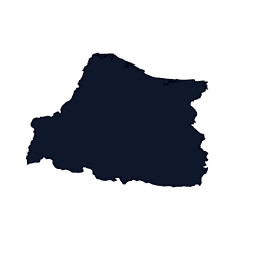 outline of Antsalova, Melaky, Madagascar, rotated 115°
{"feature_id": "10022922B48021466276127", "entity_name": "Antsalova", "entity_type": "district", "adm_level": 2, "iso_a3": "MDG", "parent_name": "Madagascar", "parent_adm1": "Melaky", "projection": "natural_earth1", "projection_center": [44.617, -18.816], "detail": "fine", "context": "isolated", "style": "filled", "palette": "ink", "viewbox_px": 256, "rotation_deg": 115, "n_neighbors": 0, "source": "geoboundaries", "source_scale": "gbopen_adm2", "svg_char_len": 5758}
<svg xmlns="http://www.w3.org/2000/svg" viewBox="0 0 256 256"><g transform="rotate(115 128 128)"><path d="M154.5,47.1L152.5,45.2L151.9,43.9L149.9,43.3L148.8,40.7L149.4,38.9L146.7,38.7L145.4,39.7L142.1,41.1L137.5,40.2L135.8,38.6L132.6,38.7L131.0,39.2L131.8,39.9L132.5,40.0L132.7,40.3L132.2,41.5L132.5,42.5L132.5,43.1L132.0,44.3L131.5,44.8L130.9,44.6L129.6,42.7L128.6,42.0L128.2,42.3L127.9,43.9L127.0,44.4L125.1,44.6L124.2,42.8L123.5,42.5L123.1,42.6L122.5,44.2L121.4,45.5L118.7,45.6L117.7,45.2L117.3,45.3L116.9,47.7L117.4,49.2L117.4,49.8L117.0,50.8L116.3,51.5L115.9,53.6L116.5,54.7L116.3,55.1L115.7,55.1L115.2,54.8L114.9,55.0L114.1,55.1L113.8,55.8L111.4,55.7L110.2,56.1L109.8,55.6L109.4,56.0L107.7,56.2L107.7,55.4L107.1,55.1L106.4,54.3L105.8,54.2L106.0,54.6L105.8,55.0L105.4,54.8L104.8,55.2L104.6,55.9L104.4,56.0L104.0,55.5L102.8,56.4L102.2,57.2L102.8,59.2L102.8,60.6L100.5,68.4L99.7,70.2L99.2,73.9L96.9,71.8L96.4,70.9L95.8,71.7L95.1,71.5L94.2,70.0L93.8,71.1L92.1,72.2L90.5,72.0L89.5,72.3L87.8,71.4L86.4,71.9L85.2,72.6L83.3,75.7L82.8,77.1L82.9,77.7L82.5,77.9L82.5,78.3L82.3,78.5L81.9,80.4L81.1,81.7L80.2,82.1L78.1,82.5L76.7,82.2L76.2,81.8L75.9,80.5L73.9,80.4L73.4,79.1L72.7,78.5L72.6,78.1L72.1,78.0L71.7,77.3L70.9,77.2L70.2,76.0L69.6,75.8L67.9,76.1L67.6,75.8L66.8,75.9L66.5,76.3L66.5,76.8L65.5,77.4L64.8,76.3L63.2,75.8L63.0,75.0L61.8,74.2L61.4,74.1L61.2,74.7L60.7,74.5L60.6,74.9L59.7,74.6L59.4,74.2L59.0,74.4L58.9,73.2L58.6,73.6L58.8,74.6L58.4,74.6L58.5,73.9L58.1,74.6L57.8,74.0L57.6,74.0L57.5,74.7L57.8,74.7L57.9,75.0L57.0,75.7L56.3,75.2L56.4,76.0L55.8,76.0L54.8,77.4L54.1,77.1L54.0,76.8L54.4,76.3L53.5,75.8L53.2,75.8L53.3,76.4L54.6,78.0L54.4,78.5L53.6,79.0L53.7,79.3L57.1,84.9L57.8,86.9L56.6,88.7L60.3,95.3L62.8,100.7L63.7,104.5L64.3,105.1L65.4,104.3L65.3,103.5L65.9,103.6L66.6,105.4L67.6,107.1L67.6,108.1L68.6,109.7L69.5,110.3L71.5,110.2L72.6,111.3L73.3,113.4L73.0,114.2L72.5,114.2L73.0,113.7L72.7,112.5L71.8,111.0L71.1,110.7L68.5,110.7L67.5,109.6L66.3,106.5L65.3,105.4L65.0,105.6L65.0,106.3L65.8,109.0L67.3,112.5L70.0,121.1L71.1,123.6L71.9,127.3L72.2,135.4L71.6,137.3L70.8,137.6L69.9,137.4L69.4,138.0L70.0,142.2L71.1,143.0L70.1,143.2L69.8,143.7L69.6,147.4L70.1,151.7L70.6,152.8L71.5,153.4L73.2,154.0L74.1,155.5L75.0,156.6L74.1,156.3L72.8,154.6L70.3,154.4L71.3,155.5L71.6,156.6L71.3,156.4L71.0,155.7L70.0,154.9L70.5,157.1L69.9,158.4L70.0,156.6L69.1,154.8L69.2,153.0L68.8,150.6L68.3,149.8L68.2,152.6L68.8,159.1L68.4,162.6L68.9,164.9L68.6,167.8L67.8,170.7L68.1,172.0L68.4,172.4L68.7,172.3L68.6,171.2L69.2,171.6L69.2,172.1L69.5,172.2L71.0,171.9L72.1,171.3L72.5,171.3L72.9,171.6L71.8,171.8L71.6,172.3L71.7,172.8L70.5,173.8L69.0,173.7L67.6,172.4L67.5,172.6L69.6,177.4L70.5,177.1L71.4,177.2L72.4,177.8L72.6,178.2L72.5,178.5L73.3,179.3L72.7,179.2L71.3,177.7L70.7,177.8L70.6,178.4L70.8,179.5L72.3,182.3L73.5,185.2L73.5,186.0L73.1,186.5L73.2,186.8L74.3,186.9L74.5,186.7L74.5,186.1L74.1,185.1L74.0,183.4L74.7,182.5L75.4,182.0L75.7,181.1L76.2,180.7L75.9,182.0L74.9,182.8L74.6,183.8L74.9,184.4L75.6,184.5L74.9,185.4L74.8,186.0L75.6,187.4L74.2,188.0L75.8,189.8L76.8,190.5L77.6,190.6L79.6,189.9L80.6,191.4L82.1,191.9L84.5,191.5L85.3,190.9L85.5,190.1L85.9,190.4L85.9,191.3L86.1,191.4L86.2,191.1L88.5,190.8L89.6,191.6L90.6,192.0L91.0,192.7L91.8,192.3L92.8,192.7L94.0,192.5L94.8,192.9L94.8,192.4L94.4,192.3L94.4,191.8L94.9,191.4L95.4,190.6L95.7,190.6L96.8,191.2L100.4,190.6L104.8,191.0L105.8,191.8L107.6,191.4L108.9,191.8L110.5,189.0L112.2,189.2L113.3,189.8L113.8,191.0L115.7,190.9L117.0,191.8L121.1,191.1L122.0,191.3L125.3,191.1L126.6,191.5L128.4,192.0L130.5,194.1L131.3,194.5L135.8,196.4L139.4,196.5L142.0,194.7L144.2,194.8L144.4,194.9L144.2,196.6L143.8,196.7L143.2,198.1L144.1,199.1L146.7,200.9L148.2,199.7L149.0,200.7L150.8,201.6L151.2,202.4L151.0,203.4L151.3,205.4L152.2,206.2L153.3,208.2L154.0,208.6L155.4,211.7L156.6,211.7L157.5,212.2L157.2,213.1L158.0,215.6L158.7,215.7L159.0,216.3L159.9,217.1L160.7,217.3L163.1,217.3L163.6,217.1L164.0,217.4L165.2,217.3L165.5,216.8L166.3,216.8L167.1,215.7L167.3,215.2L167.3,213.8L168.2,211.4L170.9,211.7L171.4,211.5L172.0,210.1L172.7,209.6L176.1,209.1L177.4,209.2L179.1,208.3L180.4,209.3L181.2,209.6L183.3,209.1L184.2,208.7L184.5,208.3L185.3,208.7L185.5,209.3L187.1,209.2L187.5,209.7L187.8,209.5L187.9,208.5L189.9,208.1L190.4,206.1L191.4,206.2L192.1,208.0L193.6,207.7L194.4,206.6L194.8,206.5L195.9,207.0L196.1,207.4L198.2,207.1L198.8,206.2L199.0,205.4L200.4,205.1L200.7,204.6L201.4,204.5L202.8,203.5L201.4,202.8L200.0,200.4L198.1,198.3L196.7,195.1L196.1,194.3L194.6,194.4L193.8,195.1L192.0,193.2L189.5,192.9L189.3,191.0L189.8,189.9L190.0,188.9L189.1,187.7L188.2,185.7L188.4,184.8L188.2,183.2L189.1,182.0L191.8,180.7L193.8,177.5L194.1,176.1L194.1,174.6L192.8,171.8L193.4,170.0L191.3,167.2L190.7,163.0L191.2,160.5L191.1,159.2L190.1,157.6L189.1,154.6L187.4,151.8L186.5,150.7L185.3,151.1L184.7,152.1L184.5,153.2L181.8,152.3L180.9,150.1L181.1,148.5L180.3,144.6L180.9,141.6L181.8,141.5L183.2,140.5L184.1,140.3L184.4,138.9L184.0,137.9L185.6,136.6L185.9,135.8L186.6,134.7L185.9,132.5L185.9,130.5L185.5,128.3L184.6,126.0L182.8,123.9L181.6,121.4L182.0,119.8L182.0,118.7L180.3,116.9L179.6,118.6L178.9,119.1L178.1,119.0L175.9,114.5L176.1,113.5L176.7,113.3L176.9,114.0L178.3,112.4L179.1,110.4L180.2,109.1L180.1,107.7L179.6,107.2L178.0,106.9L178.0,107.5L177.8,107.6L177.0,106.9L176.4,105.8L175.4,105.8L175.0,104.7L174.4,104.2L174.1,103.0L173.0,102.8L172.0,101.4L171.7,100.4L171.8,97.7L171.0,96.8L169.9,96.6L169.3,91.4L169.6,89.8L169.4,89.2L169.6,88.4L169.3,87.7L168.4,87.1L168.1,86.4L168.1,81.8L167.3,78.8L167.4,78.1L166.3,74.9L166.3,74.4L165.8,74.0L165.4,73.4L165.6,72.1L162.2,65.6L161.8,62.8L161.9,61.9L161.2,61.2L160.1,59.5L157.8,54.7L156.6,53.5L155.6,49.8L154.7,48.6L154.5,47.1Z" fill="#0f172a" stroke="#020617" stroke-width="1.5"/></g></svg>